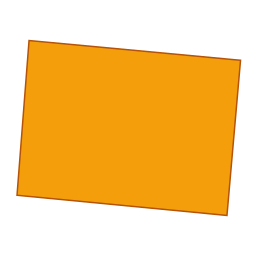 Hooker, Nebraska, United States of America (Robinson projection), rotated 185°
{"feature_id": "52423323B60730301974772", "entity_name": "Hooker", "entity_type": "district", "adm_level": 2, "iso_a3": "USA", "parent_name": "United States of America", "parent_adm1": "Nebraska", "projection": "robinson", "projection_center": [-101.132, 41.916], "detail": "fine", "context": "isolated", "style": "filled", "palette": "amber", "viewbox_px": 256, "rotation_deg": 185, "n_neighbors": 0, "source": "geoboundaries", "source_scale": "gbopen_adm2", "svg_char_len": 238}
<svg xmlns="http://www.w3.org/2000/svg" viewBox="0 0 256 256"><g transform="rotate(185 128 128)"><path d="M234.2,206.5L232.7,51.3L21.8,49.5L21.8,205.3L28.9,205.3L234.2,206.5Z" fill="#f59e0b" stroke="#b45309" stroke-width="1.5"/></g></svg>